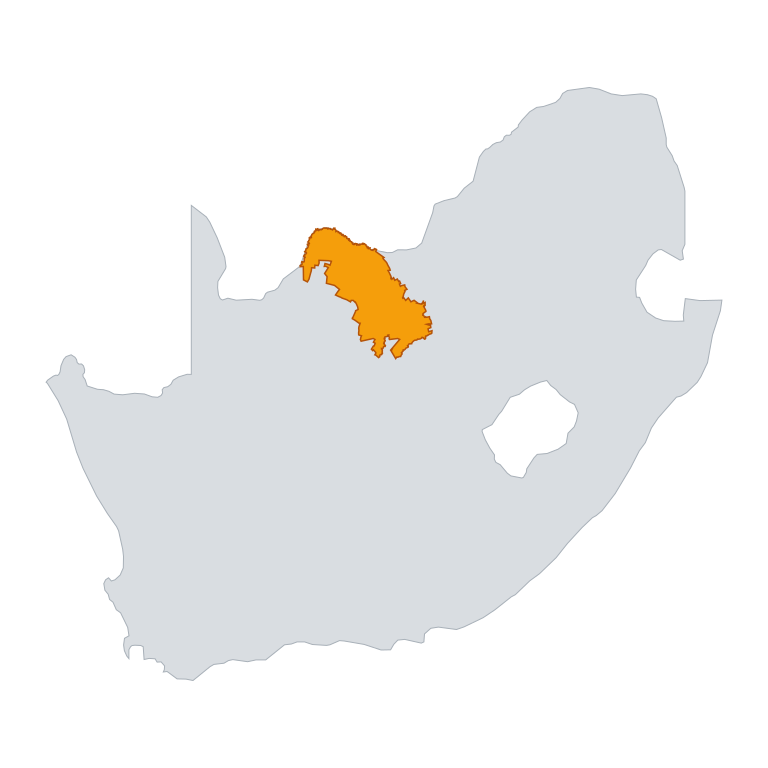 location of Dr Ruth Segomotsi Mompati, North West, South Africa
{"feature_id": "47623444B1265322146951", "entity_name": "Dr Ruth Segomotsi Mompati", "entity_type": "district", "adm_level": 2, "iso_a3": "ZAF", "parent_name": "South Africa", "parent_adm1": "North West", "projection": "mercator", "projection_center": [24.344, -26.693], "detail": "fine", "context": "in_parent", "style": "filled", "palette": "amber", "viewbox_px": 768, "rotation_deg": 0, "n_neighbors": 0, "source": "geoboundaries", "source_scale": "gbopen_adm2", "svg_char_len": 9705}
<svg xmlns="http://www.w3.org/2000/svg" viewBox="0 0 768 768"><path d="M567.5,90.5L589.4,87.5L599.2,89.2L611.1,93.9L622.2,95.6L640.9,93.9L647.4,94.7L652.5,96.3L656.2,98.8L661.6,117.7L666.2,138.0L666.2,144.5L666.8,147.1L672.2,155.7L674.1,161.1L677.2,165.5L684.1,187.3L684.9,191.1L684.9,244.3L682.2,250.7L683.4,259.1L680.2,260.2L661.4,249.5L658.2,249.9L652.9,253.9L648.0,260.2L645.7,265.5L636.3,280.0L635.6,289.2L636.4,297.1L639.6,297.4L641.8,303.1L647.0,312.2L655.6,318.0L663.7,320.7L674.9,321.3L683.8,321.1L683.3,315.0L685.3,298.6L700.0,300.6L721.9,300.1L720.4,310.7L712.5,335.1L707.5,362.7L700.9,376.6L697.2,382.4L686.6,392.6L681.0,396.0L676.4,397.2L658.2,417.9L651.4,428.0L645.3,442.7L639.3,450.8L630.5,468.0L615.1,493.7L602.1,510.6L596.3,515.5L592.4,517.7L582.0,527.6L567.4,543.5L556.2,557.6L539.5,573.7L529.8,580.8L515.3,594.7L511.3,596.8L494.9,609.8L483.1,617.7L464.0,626.9L456.5,629.5L438.4,627.1L430.8,628.3L424.5,633.9L423.9,641.9L421.3,643.1L404.7,639.4L397.8,640.1L393.8,644.3L390.6,649.8L381.1,650.0L364.1,644.4L344.2,641.0L339.5,640.6L329.9,644.8L326.5,645.4L312.4,644.5L304.6,641.9L297.1,641.9L291.4,644.0L284.5,644.8L265.7,659.9L256.0,659.9L247.6,661.7L232.8,659.6L228.4,660.6L224.0,663.2L213.9,664.4L210.0,666.7L193.0,680.5L186.0,679.1L177.1,678.9L167.1,671.5L163.3,672.0L164.3,669.8L164.6,665.9L161.1,661.9L157.1,662.1L155.1,658.8L149.1,658.4L144.1,659.5L143.2,646.7L140.8,645.5L134.8,645.2L131.9,645.6L130.5,646.8L128.9,649.7L128.9,658.6L126.8,656.0L124.4,650.7L123.6,645.0L124.5,638.3L129.0,635.8L127.7,627.4L120.6,612.8L116.3,609.7L113.0,602.2L109.6,599.5L108.2,594.3L104.9,590.2L103.8,583.6L105.6,579.8L108.5,577.8L111.4,581.0L115.0,579.8L120.2,575.0L123.3,567.9L123.5,556.4L122.7,549.3L118.6,530.8L116.6,526.6L107.4,513.5L96.6,496.0L83.1,468.5L76.6,452.1L66.7,419.1L58.1,400.6L47.4,383.3L46.1,382.2L47.7,380.1L53.4,376.1L56.0,375.1L57.4,375.5L58.8,374.5L60.1,371.8L61.0,365.7L63.7,359.3L66.1,356.6L71.1,354.8L74.9,357.2L76.5,359.5L77.2,362.6L78.9,364.1L81.6,364.0L83.5,365.9L84.7,369.8L84.4,372.7L82.9,374.4L83.1,376.7L85.1,379.6L87.2,386.0L97.5,389.3L103.4,389.7L108.9,391.3L114.1,394.1L122.7,394.8L134.6,393.3L144.4,394.0L152.1,396.8L157.7,397.3L161.1,395.5L162.6,393.0L162.2,389.7L163.9,387.6L167.8,386.7L170.9,384.3L173.2,380.2L178.6,376.9L187.1,374.3L191.3,374.4L191.3,205.4L206.3,216.9L209.8,222.2L217.2,237.8L224.7,257.2L226.0,266.6L225.6,268.6L217.9,281.4L217.6,287.7L218.5,295.1L220.3,298.8L222.5,300.0L227.9,298.2L236.2,300.2L252.0,299.3L259.8,300.3L261.8,299.7L263.6,298.1L265.7,293.6L267.5,292.2L274.8,290.2L278.1,287.7L283.3,278.9L298.9,267.1L300.7,264.3L310.5,236.3L313.5,232.3L317.8,229.7L326.4,227.6L331.5,228.7L336.9,231.2L343.0,235.2L352.2,242.8L355.3,244.0L364.5,244.3L370.2,249.3L387.3,252.7L392.3,252.5L397.7,249.8L406.5,249.9L415.9,248.0L421.7,243.1L432.7,212.6L434.0,205.9L435.2,204.1L444.2,200.6L455.1,198.0L457.4,196.6L464.2,188.2L473.1,181.2L479.4,157.1L483.4,151.4L485.9,149.0L487.6,148.9L489.8,147.4L492.8,144.5L496.3,142.7L500.4,142.0L503.1,140.0L504.3,136.8L506.4,135.2L509.4,135.3L511.1,134.3L511.5,132.2L518.2,127.0L518.4,124.9L522.2,119.9L529.7,111.8L536.7,107.4L543.4,106.5L555.6,102.4L559.9,98.5L562.7,93.4L567.5,90.5ZM547.1,453.5L558.1,449.2L566.2,443.5L568.0,433.2L574.2,426.9L576.5,421.0L578.2,412.8L574.5,404.4L569.5,401.9L560.2,394.6L556.2,389.6L550.7,385.5L546.8,380.5L540.4,382.1L530.6,386.1L524.5,389.8L519.4,394.2L510.2,397.3L501.6,411.3L498.8,414.4L492.0,424.6L482.3,429.6L482.1,431.5L485.3,439.8L489.8,448.1L494.5,454.9L494.3,459.1L495.9,462.4L500.2,464.7L507.3,473.2L510.9,475.9L521.8,478.0L523.4,477.4L526.3,472.4L526.8,468.8L534.0,457.8L537.2,454.4L547.1,453.5Z" fill="#d9dde1" stroke="#a8b0b8" stroke-width="1"/><path d="M425.1,305.3L425.1,302.4L422.8,303.5L423.6,300.5L422.6,302.7L421.1,304.1L417.6,303.3L417.9,303.2L414.1,300.3L410.9,301.8L408.3,297.9L405.7,300.4L403.8,297.8L402.9,298.3L402.6,297.7L403.2,296.5L403.8,293.8L405.0,291.5L404.7,290.4L407.0,289.3L405.0,286.7L404.7,284.9L401.6,285.6L400.4,286.3L399.4,284.0L400.6,283.4L399.6,281.1L398.8,281.6L397.3,279.0L394.8,280.3L393.6,277.7L391.9,279.2L391.6,278.5L390.9,278.6L390.9,278.0L391.4,277.9L390.8,276.0L389.0,272.2L388.0,270.5L390.2,270.2L389.6,268.3L387.9,265.3L386.8,262.9L385.8,261.6L383.5,259.2L382.9,258.1L384.0,257.5L375.7,251.5L376.5,249.6L376.0,249.5L375.8,249.1L375.5,249.3L375.0,248.9L374.7,249.2L374.4,248.9L374.2,249.6L373.3,249.5L373.0,250.2L372.7,249.9L372.2,250.3L371.2,250.0L369.9,248.8L369.8,248.5L370.0,247.9L369.0,248.0L368.3,248.6L368.0,248.0L368.5,247.7L368.4,247.1L368.0,247.2L367.7,247.7L367.3,247.7L367.3,247.0L366.8,246.7L366.9,246.2L366.3,246.0L365.9,245.3L365.9,244.8L365.4,244.8L365.1,244.3L364.5,243.7L364.2,243.8L363.6,244.2L363.1,244.2L363.3,243.5L363.0,243.2L362.4,243.4L362.3,244.1L360.9,244.2L360.4,244.4L360.1,244.8L359.9,244.7L359.8,244.2L359.4,244.2L359.2,244.4L359.3,245.0L359.0,245.2L358.7,245.1L357.8,244.4L357.6,244.8L356.8,245.1L356.7,244.4L357.1,244.1L357.1,243.9L356.7,243.7L355.9,243.8L355.5,243.5L355.2,243.5L355.0,243.9L354.6,243.8L354.6,244.3L354.4,244.5L353.6,244.5L353.2,244.1L352.7,244.1L352.5,243.8L352.8,243.0L351.8,242.6L351.7,241.8L350.0,241.3L349.9,241.1L350.1,240.6L349.8,240.1L349.2,240.5L348.7,240.3L348.6,239.8L349.2,239.0L349.2,238.8L348.6,238.6L347.8,238.8L347.4,238.4L346.8,238.4L346.9,237.8L346.4,237.4L346.6,236.8L345.6,236.4L345.4,235.8L345.2,235.8L344.4,236.5L344.3,236.0L344.1,235.8L343.8,235.7L343.4,235.8L342.9,235.6L342.9,235.3L343.3,234.9L342.9,234.4L342.6,234.4L342.4,235.1L341.7,235.1L341.5,234.2L340.6,233.8L341.0,233.2L340.8,233.0L340.4,232.9L340.1,233.5L339.7,233.5L339.5,233.3L339.5,232.6L338.8,232.3L338.4,232.4L338.5,231.6L337.4,231.5L337.0,231.0L335.9,231.5L336.0,230.6L335.8,230.0L335.3,229.6L335.1,229.1L334.6,229.2L334.3,229.0L334.7,228.2L333.7,228.1L332.9,229.6L332.5,229.9L332.1,229.5L330.6,229.3L330.4,228.6L330.1,228.5L328.8,228.8L328.3,228.3L328.0,228.7L327.6,228.9L326.9,228.0L326.2,228.2L325.6,228.0L325.1,228.3L324.2,227.9L323.2,228.2L322.6,228.7L322.3,229.3L321.6,229.3L321.0,229.9L320.1,229.3L319.9,229.3L319.1,229.8L319.1,230.3L318.7,230.6L317.9,230.3L317.7,230.0L318.0,229.3L317.9,228.7L317.6,228.7L316.8,229.7L316.2,229.1L315.8,229.0L315.7,229.3L316.0,230.5L315.9,230.8L315.6,231.0L314.6,231.0L314.3,231.3L314.5,232.4L314.2,232.8L312.1,234.2L311.8,234.7L311.3,236.2L310.8,236.8L310.9,237.2L311.4,237.4L311.4,237.6L311.1,237.7L309.9,237.3L309.2,237.8L309.2,238.1L309.7,238.6L309.4,239.2L309.4,239.8L308.9,240.3L308.3,241.5L307.8,242.0L309.2,243.1L309.4,243.5L309.2,243.8L308.5,243.7L307.3,244.3L307.6,245.1L308.5,245.4L308.1,246.3L308.1,246.9L307.2,248.4L306.0,248.9L305.7,251.1L305.6,251.4L304.7,251.4L304.6,251.6L305.2,252.2L306.3,252.6L306.5,253.0L306.1,253.8L304.6,254.5L304.6,254.8L304.8,255.4L304.7,255.7L303.8,255.9L303.6,256.2L303.9,256.7L305.0,257.1L305.2,257.3L305.1,257.5L304.3,258.3L304.1,258.8L304.3,259.9L304.2,261.7L303.5,262.0L302.3,261.7L301.9,261.7L301.6,262.2L302.0,263.0L302.0,264.4L300.2,265.5L300.5,266.2L300.3,266.7L303.3,266.5L303.5,279.9L307.4,281.9L309.0,279.1L309.2,278.3L310.6,273.1L311.3,270.8L311.6,267.7L314.7,268.0L314.9,265.2L318.1,265.6L319.1,263.1L319.0,260.3L328.6,260.7L331.4,261.3L330.0,265.2L328.1,264.3L325.0,263.5L324.3,266.4L325.8,266.3L328.3,267.6L324.6,273.5L327.1,276.6L326.4,283.3L334.5,285.4L339.5,289.4L338.0,291.3L335.5,295.0L338.9,296.6L340.8,297.3L342.1,298.1L346.7,299.7L350.5,301.9L351.2,300.4L353.2,300.4L355.1,302.3L355.4,302.1L356.6,304.4L357.7,307.0L358.1,309.5L355.6,310.7L355.5,311.5L353.1,316.9L352.9,317.4L352.4,317.9L352.3,318.7L354.6,320.0L359.2,323.3L360.1,323.3L358.9,326.9L358.7,328.4L358.9,330.5L358.6,332.8L358.7,334.9L361.5,335.8L360.9,337.2L360.4,339.6L361.1,341.2L373.2,338.5L375.0,339.5L373.4,342.2L375.2,343.2L374.2,345.9L373.4,346.0L371.4,349.2L372.7,350.6L373.4,349.8L375.8,352.5L375.8,353.2L374.9,354.8L375.7,355.0L378.6,357.6L379.8,356.6L379.6,355.2L380.8,354.7L380.9,354.8L381.6,354.6L381.8,354.4L381.6,353.9L382.4,353.3L382.5,353.1L382.1,352.4L382.3,351.6L382.2,351.5L382.1,351.1L382.4,350.3L382.0,349.4L381.5,349.1L381.5,348.6L382.0,348.9L382.5,348.8L382.6,348.3L383.1,348.1L383.3,347.9L383.6,346.5L384.6,346.3L385.0,346.5L385.2,346.3L384.9,345.7L385.3,345.4L383.7,343.6L383.8,343.3L384.1,343.4L384.3,343.3L384.4,342.7L384.1,342.3L384.6,341.2L385.1,341.1L385.2,340.3L384.6,339.6L384.2,338.8L384.3,338.5L384.8,338.4L384.5,337.8L385.0,337.3L385.0,336.9L387.9,336.3L387.7,335.2L388.8,335.0L388.7,335.6L388.7,336.3L389.4,337.4L389.1,338.8L389.5,339.5L397.7,338.5L399.7,339.4L391.4,349.2L392.0,349.1L391.8,349.4L391.9,349.7L391.8,349.9L391.3,349.8L390.7,350.2L395.7,358.6L396.7,357.1L397.7,357.2L398.1,356.9L398.5,357.0L399.2,356.5L400.1,356.6L400.7,356.5L400.9,355.6L402.1,353.9L401.9,353.4L401.4,352.8L401.4,352.6L402.3,352.0L402.5,351.5L403.1,351.1L403.1,350.0L403.3,349.8L403.9,350.0L404.3,350.0L405.3,349.1L405.8,348.2L408.1,347.2L408.3,346.6L407.7,346.1L407.5,345.6L408.4,345.1L409.0,343.9L410.1,343.7L410.7,343.9L411.4,343.6L411.7,343.7L412.0,342.7L412.7,341.8L413.9,340.7L415.1,340.1L415.8,340.2L417.0,339.9L417.5,339.1L418.8,339.2L420.5,338.8L421.2,338.4L422.0,337.3L422.8,337.5L423.1,338.0L423.6,337.9L424.1,338.8L424.7,339.2L425.0,339.1L425.6,338.3L425.6,337.0L425.5,336.4L425.6,336.1L426.9,335.9L427.6,335.2L428.0,335.2L429.8,334.0L430.8,334.0L431.2,333.5L431.8,333.2L432.0,330.7L428.7,331.7L428.2,329.5L428.1,329.4L428.1,328.7L430.8,327.6L430.5,325.1L429.3,325.2L426.6,324.3L428.9,323.8L429.0,324.0L431.6,323.8L430.8,320.4L429.7,318.8L429.4,316.7L426.5,317.3L425.7,316.8L425.4,317.3L424.6,317.3L423.5,315.1L422.8,315.1L423.0,313.6L424.9,312.1L425.9,311.5L425.8,310.4L423.7,306.5L424.2,306.3L423.9,305.7L424.3,305.2L425.1,305.3Z" fill="#f59e0b" stroke="#b45309" stroke-width="1.5"/></svg>